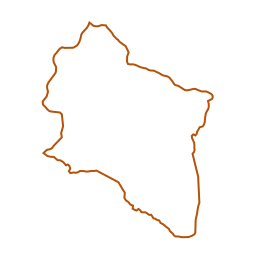 Cândido Mota, São Paulo, Brazil, rotated 103°
{"feature_id": "56859067B55790387893872", "entity_name": "Cândido Mota", "entity_type": "district", "adm_level": 2, "iso_a3": "BRA", "parent_name": "Brazil", "parent_adm1": "São Paulo", "projection": "orthographic", "projection_center": [-50.425, -22.81], "detail": "fine", "context": "isolated", "style": "outline", "palette": "amber", "viewbox_px": 256, "rotation_deg": 103, "n_neighbors": 0, "source": "geoboundaries", "source_scale": "gbopen_adm2", "svg_char_len": 2461}
<svg xmlns="http://www.w3.org/2000/svg" viewBox="0 0 256 256"><g transform="rotate(103 128 128)"><path d="M75.1,58.1L74.8,60.2L75.4,62.5L75.8,64.4L75.3,68.3L74.7,71.3L75.3,73.2L77.4,77.4L78.1,79.3L78.2,81.2L77.0,84.6L75.6,88.5L75.5,91.6L74.5,93.3L72.3,95.5L71.1,97.1L69.5,99.1L68.7,102.0L68.9,106.0L67.7,109.5L66.9,113.1L66.3,115.5L66.9,119.0L66.7,121.4L65.9,123.7L66.0,126.0L66.0,128.5L65.7,131.0L65.1,133.6L64.8,135.6L64.9,137.9L65.5,139.8L65.6,142.4L63.6,143.9L58.5,144.9L54.2,144.4L51.2,146.7L48.6,148.9L47.4,152.2L45.7,156.0L44.4,157.4L43.6,159.4L42.4,161.1L41.1,163.1L39.6,164.3L38.1,166.0L36.7,168.0L34.8,170.9L33.0,172.6L33.6,176.7L35.7,180.3L36.1,182.1L36.2,184.6L35.1,186.8L34.0,189.3L36.6,189.6L39.7,190.6L45.5,193.9L47.5,194.5L51.5,194.4L55.1,194.8L57.6,195.6L59.2,196.3L62.1,199.4L64.2,207.7L64.2,210.5L66.3,212.4L68.3,213.4L71.9,215.1L73.5,216.0L76.0,216.4L78.8,215.9L80.9,215.0L84.8,211.7L88.7,211.0L90.5,211.0L94.5,212.7L101.1,215.6L102.8,216.0L104.5,216.4L107.2,215.8L110.7,214.1L115.7,214.4L121.3,217.1L124.3,216.1L126.6,212.5L127.7,211.1L128.9,209.1L129.3,207.3L128.2,197.8L129.6,195.5L140.7,191.7L142.6,191.7L148.0,192.0L152.0,190.4L161.4,196.0L164.9,197.7L166.1,199.0L167.5,202.1L171.4,204.7L173.4,200.2L173.5,197.0L172.8,193.7L174.0,191.6L175.2,189.3L174.7,186.7L175.8,183.5L177.0,181.7L178.3,180.0L177.1,178.4L178.1,176.6L180.6,175.1L183.4,175.9L184.9,174.0L183.6,171.0L183.4,168.9L182.4,166.8L180.7,165.1L179.9,161.2L179.9,159.2L179.4,157.1L178.1,154.1L177.5,151.3L176.6,149.1L183.0,125.1L189.2,119.2L191.7,116.6L194.1,116.2L196.7,115.9L198.9,113.9L200.1,110.9L202.1,108.5L202.5,105.7L205.6,105.3L206.2,103.2L206.5,101.1L204.5,99.6L205.6,97.4L206.9,96.2L206.8,94.2L206.2,92.0L207.0,89.9L207.9,87.7L207.3,86.0L208.6,84.5L210.3,82.9L210.3,81.0L211.0,79.3L211.1,76.8L213.2,74.9L213.9,72.1L215.6,68.8L217.0,65.6L218.8,64.1L219.9,62.4L220.9,60.5L222.3,59.2L223.0,57.3L222.4,54.9L222.3,51.6L221.9,49.1L221.3,47.0L220.6,44.5L218.7,41.4L216.5,39.3L214.8,38.9L204.2,41.0L202.2,41.4L195.5,41.5L192.1,41.8L189.1,41.9L187.1,41.9L184.9,41.6L159.6,48.7L138.6,59.3L136.6,58.3L134.3,58.2L132.5,58.9L129.9,59.4L127.8,60.1L125.2,61.9L123.6,63.2L121.4,64.1L119.5,62.9L120.1,60.7L118.4,59.8L116.1,59.8L113.8,59.1L111.1,58.3L109.7,55.6L107.3,54.7L104.7,54.6L101.9,55.0L98.6,55.3L96.5,55.5L93.9,54.9L91.4,54.1L89.1,54.1L86.5,54.7L83.7,56.1L82.1,54.2L80.9,52.7L79.1,52.3L77.2,53.0L76.1,54.5L75.1,58.1Z" fill="none" stroke="#b45309" stroke-width="2"/></g></svg>